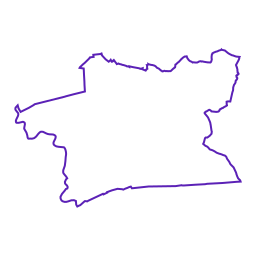 outline of Tudora, Botosani, Romania
{"feature_id": "2599482B63139425196950", "entity_name": "Tudora", "entity_type": "district", "adm_level": 2, "iso_a3": "ROU", "parent_name": "Romania", "parent_adm1": "Botosani", "projection": "orthographic", "projection_center": [26.654, 47.501], "detail": "fine", "context": "isolated", "style": "outline", "palette": "violet", "viewbox_px": 256, "rotation_deg": 0, "n_neighbors": 0, "source": "geoboundaries", "source_scale": "gbopen_adm2", "svg_char_len": 5613}
<svg xmlns="http://www.w3.org/2000/svg" viewBox="0 0 256 256"><path d="M63.2,171.0L63.2,172.4L63.5,173.3L64.6,174.7L66.2,176.6L67.2,178.3L66.0,179.4L64.9,181.9L65.1,183.5L65.9,184.5L67.0,185.5L67.7,187.0L67.5,188.0L67.3,188.5L65.9,189.0L64.7,190.7L62.0,193.9L60.5,196.8L60.6,198.6L61.5,200.4L62.5,201.2L64.6,201.9L66.1,201.9L68.1,201.4L71.4,200.3L74.0,200.2L75.9,201.0L76.2,204.6L77.3,206.5L79.3,205.5L80.2,205.2L84.6,201.3L84.9,201.1L86.3,201.2L87.2,201.4L88.3,200.7L101.5,194.5L103.0,193.8L103.5,194.4L107.5,192.5L107.6,192.3L107.4,192.0L108.5,191.6L112.1,190.3L117.6,188.8L118.3,188.9L122.1,189.2L123.3,189.6L125.4,188.6L127.4,187.9L129.1,187.1L130.8,186.6L131.9,188.3L148.5,186.5L175.7,186.1L181.1,185.3L181.5,185.2L181.9,185.4L183.5,185.5L195.7,184.7L205.1,184.2L207.1,183.8L222.4,183.0L236.7,181.8L240.6,181.6L240.4,180.9L240.2,180.7L239.9,180.0L239.3,179.5L239.2,179.4L238.1,178.3L237.7,177.3L237.3,176.6L237.0,175.7L236.4,174.1L236.4,173.7L235.9,172.3L233.6,167.4L230.8,164.6L230.3,164.0L229.3,161.9L228.6,160.9L227.3,159.1L227.0,158.6L226.3,156.9L226.0,156.5L224.8,155.5L223.6,155.2L222.7,154.9L222.4,154.7L220.2,153.9L219.5,153.8L216.6,152.7L214.7,151.4L212.8,150.4L211.5,149.9L211.3,149.9L210.0,149.5L209.6,149.2L208.1,147.4L207.5,146.9L207.0,146.5L205.4,145.8L203.2,143.9L203.9,142.4L205.0,138.2L205.7,137.5L207.4,137.5L209.8,135.7L211.1,134.2L211.5,133.8L211.8,131.6L211.5,130.7L210.6,124.5L210.4,124.0L210.4,123.3L210.2,122.6L209.8,121.5L208.1,117.6L207.6,116.9L206.4,115.4L205.2,114.0L204.6,113.1L204.6,112.8L204.7,112.6L205.3,112.1L205.6,111.7L206.0,111.7L206.4,111.5L208.6,110.1L209.2,109.8L209.7,109.9L210.9,110.7L211.4,111.2L211.5,111.4L216.2,111.9L217.2,111.8L218.3,111.6L218.7,111.4L219.0,111.0L219.4,110.6L219.4,110.3L219.7,110.0L219.8,109.5L220.0,109.4L220.2,109.2L220.6,108.9L221.0,108.9L221.9,108.2L222.7,108.1L222.8,107.9L224.4,106.9L225.8,106.2L227.0,105.4L227.0,105.1L226.8,104.7L226.6,103.9L226.7,103.4L226.6,102.1L226.6,101.7L227.2,101.5L228.2,101.4L230.3,101.5L232.4,92.2L232.9,90.8L233.1,90.0L233.2,87.5L234.0,84.9L234.6,84.1L235.5,82.6L235.6,81.5L235.6,81.1L235.9,80.4L236.2,80.3L237.0,79.2L237.3,78.2L237.2,77.8L236.7,77.4L236.5,76.7L236.5,76.2L236.3,75.8L236.5,75.5L237.2,75.3L237.2,74.9L237.8,74.5L238.2,74.4L238.5,74.1L238.6,73.9L238.2,73.0L237.8,72.8L237.6,72.6L237.6,71.3L237.4,71.0L237.4,70.1L237.4,69.3L237.1,68.4L237.0,67.7L236.9,67.6L236.9,67.4L236.8,67.0L236.6,66.8L236.0,65.0L237.9,61.5L238.5,60.4L239.2,58.6L239.3,58.1L239.3,57.6L239.4,57.1L239.5,56.9L236.4,56.6L235.3,56.3L232.9,55.4L232.1,55.3L231.7,55.1L229.5,54.0L228.2,53.2L227.3,52.5L224.9,50.5L221.8,49.8L221.5,49.5L221.3,49.9L219.1,50.5L217.2,51.4L215.9,51.7L213.5,52.7L212.5,53.3L212.5,53.6L212.3,53.7L211.8,54.8L211.8,55.1L211.6,56.6L211.6,58.3L211.8,59.1L211.7,59.8L211.5,60.5L211.3,61.3L211.1,61.6L210.8,62.2L210.7,62.3L210.3,62.5L209.9,62.5L209.0,62.4L208.4,62.4L207.7,62.4L207.4,62.3L206.5,62.2L204.1,61.8L202.3,61.4L201.7,61.5L201.5,61.4L201.3,61.5L200.8,61.3L200.5,61.2L199.1,61.5L198.3,62.0L197.2,62.5L195.2,62.5L193.4,62.3L192.6,62.5L192.3,62.2L191.5,61.7L190.2,61.2L189.6,60.8L188.6,59.9L188.1,59.1L187.5,58.5L186.9,56.9L186.8,56.7L186.7,56.3L186.3,56.3L185.8,56.5L184.7,56.5L184.1,56.9L182.6,57.9L182.3,58.4L181.8,58.7L181.1,59.3L180.7,59.9L180.1,60.5L179.0,61.7L178.7,62.0L177.9,62.5L177.3,63.1L176.8,63.5L176.3,64.1L175.4,64.6L175.3,65.7L175.2,66.6L175.1,66.9L175.1,67.2L175.0,67.4L174.3,67.7L174.0,68.2L173.7,68.4L173.3,68.6L170.8,71.0L170.6,71.1L168.9,71.1L168.6,71.2L168.1,71.2L167.7,71.2L166.9,71.0L166.4,71.1L165.9,71.2L164.5,70.8L164.2,70.8L163.4,71.2L162.6,71.4L162.3,71.4L161.8,70.9L160.9,70.5L160.5,70.0L160.4,70.0L160.0,69.7L159.1,68.8L158.6,68.5L157.7,68.1L157.0,67.8L155.8,66.5L155.1,66.0L154.4,65.6L152.3,65.0L151.1,64.9L148.5,64.2L148.2,64.0L148.2,64.3L148.1,64.6L147.9,64.8L147.4,65.1L146.9,65.1L147.1,65.7L147.1,67.9L147.1,68.5L147.3,68.8L146.4,69.4L146.3,69.7L146.0,69.8L145.8,70.5L145.7,70.6L142.0,69.1L142.5,68.7L142.6,68.2L141.7,68.5L140.9,68.9L140.3,68.8L140.3,68.6L138.7,68.2L132.8,67.1L129.3,66.3L129.3,66.9L129.0,66.7L127.8,66.4L127.0,66.4L126.6,66.1L126.2,65.9L123.7,65.1L122.1,64.8L121.6,64.5L119.1,63.9L118.5,63.5L116.8,64.1L116.4,63.4L115.8,62.7L113.8,60.0L113.1,60.6L112.7,61.0L112.8,61.3L111.9,61.8L111.7,61.7L110.7,59.8L110.3,60.3L108.7,61.7L105.6,59.3L102.1,55.5L101.8,55.1L101.9,54.8L101.5,53.5L100.4,54.0L93.3,54.8L93.4,55.7L93.6,56.9L89.9,57.4L89.8,57.5L89.9,57.8L89.3,58.4L84.6,63.0L83.0,64.3L79.9,67.3L79.6,67.9L83.7,68.5L83.8,70.1L84.0,74.6L84.4,81.5L84.5,84.9L84.9,91.5L73.9,94.2L65.9,96.3L64.7,96.7L34.8,104.2L34.4,104.4L33.9,104.9L28.9,107.8L20.6,111.9L18.5,108.3L17.7,105.3L16.7,106.4L15.6,107.6L15.4,108.2L15.4,108.6L15.4,109.3L15.5,109.7L15.8,110.2L18.1,113.1L18.2,113.4L18.3,114.2L18.2,115.1L17.9,116.1L16.4,119.2L15.9,120.5L15.9,121.4L16.1,122.4L16.4,122.7L16.8,122.8L18.8,122.8L22.9,121.8L23.6,122.0L24.6,122.7L24.8,123.3L24.9,124.3L24.3,127.4L24.2,128.7L24.8,129.8L26.4,132.5L26.8,133.7L27.3,135.5L27.6,137.4L27.9,138.1L28.3,138.6L28.8,138.7L30.1,138.6L31.9,138.7L33.2,138.4L34.2,138.1L35.0,137.5L36.2,136.5L38.4,133.7L39.2,132.9L40.1,132.1L40.7,131.8L41.4,131.7L42.9,131.8L43.6,132.1L46.2,133.4L47.8,134.0L49.5,134.3L53.1,134.5L54.1,134.9L55.1,135.5L55.3,135.7L55.6,136.3L55.7,136.5L55.7,137.0L55.4,138.4L55.0,139.3L53.8,141.7L53.5,142.7L53.5,143.6L53.7,144.4L54.0,144.8L54.4,145.2L54.8,145.5L56.0,146.2L56.5,146.4L58.6,146.8L63.8,147.3L64.2,147.5L64.5,147.9L64.9,148.5L65.3,149.4L65.5,150.0L65.9,151.7L66.0,152.5L66.1,153.9L66.0,155.1L65.7,157.1L65.4,161.2L64.8,165.8L63.3,170.1L63.2,171.0Z" fill="none" stroke="#5b21b6" stroke-width="2"/></svg>